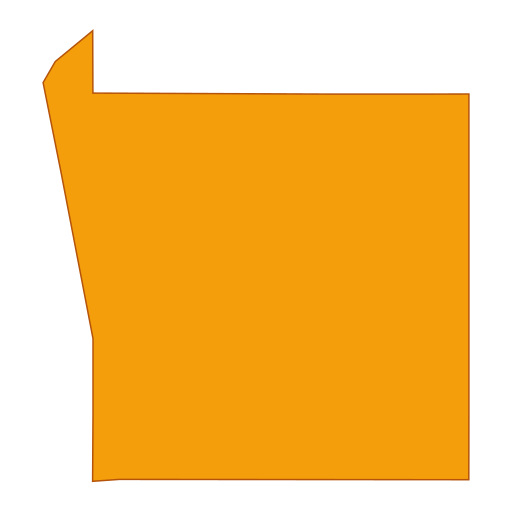 the district of Scott, Mississippi, United States of America
{"feature_id": "52423323B58767742506518", "entity_name": "Scott", "entity_type": "district", "adm_level": 2, "iso_a3": "USA", "parent_name": "United States of America", "parent_adm1": "Mississippi", "projection": "mercator", "projection_center": [-89.587, 32.428], "detail": "fine", "context": "isolated", "style": "filled", "palette": "amber", "viewbox_px": 512, "rotation_deg": 0, "n_neighbors": 0, "source": "geoboundaries", "source_scale": "gbopen_adm2", "svg_char_len": 296}
<svg xmlns="http://www.w3.org/2000/svg" viewBox="0 0 512 512"><path d="M468.9,94.0L426.6,94.1L331.0,94.1L92.9,93.1L92.7,30.7L55.3,61.5L43.1,82.6L61.3,173.7L93.0,338.6L93.0,415.6L92.6,481.3L119.2,479.4L468.8,479.7L468.9,415.8L468.9,94.0Z" fill="#f59e0b" stroke="#b45309" stroke-width="1.5"/></svg>